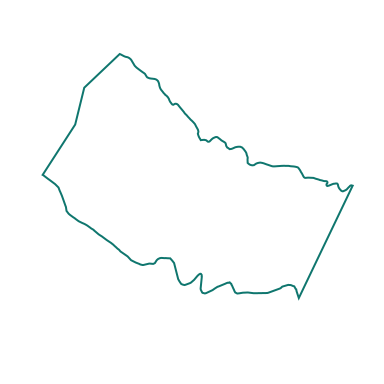 outline of Pomme, Laborie, Saint Lucia, rotated 298°
{"feature_id": "8701671B10960716544692", "entity_name": "Pomme", "entity_type": "district", "adm_level": 2, "iso_a3": "LCA", "parent_name": "Saint Lucia", "parent_adm1": "Laborie", "projection": "orthographic", "projection_center": [-60.981, 13.758], "detail": "fine", "context": "isolated", "style": "outline", "palette": "teal", "viewbox_px": 384, "rotation_deg": 298, "n_neighbors": 0, "source": "geoboundaries", "source_scale": "gbopen_adm2", "svg_char_len": 4912}
<svg xmlns="http://www.w3.org/2000/svg" viewBox="0 0 384 384"><g transform="rotate(298 192 192)"><path d="M273.0,330.9L272.7,329.6L272.2,329.0L271.7,328.7L271.1,328.6L269.3,328.0L266.9,327.4L265.8,326.8L264.6,325.9L263.4,324.9L263.2,324.1L263.2,323.1L263.6,322.0L264.1,320.7L264.8,319.5L265.4,318.8L266.1,318.1L267.0,317.4L267.6,316.4L267.2,315.2L266.5,314.3L265.6,313.0L264.6,312.1L263.0,310.8L261.8,309.8L260.8,308.6L261.0,307.8L261.6,307.3L262.2,307.1L263.2,307.3L263.9,307.2L264.5,306.7L264.7,306.0L264.4,305.0L263.9,304.1L263.5,302.9L263.2,301.3L262.6,299.3L262.5,298.2L262.2,296.7L261.8,295.0L261.6,293.4L261.4,292.4L260.8,291.2L260.0,289.5L259.5,288.4L258.7,287.0L257.8,285.7L257.5,284.9L257.6,284.0L257.9,283.4L258.4,282.6L259.2,281.5L260.0,280.3L261.0,278.5L261.7,277.6L262.3,276.5L263.1,274.9L263.4,273.8L263.3,273.3L263.1,272.4L262.8,271.3L262.4,270.1L261.8,268.7L261.1,267.1L260.4,265.0L259.3,262.9L258.1,260.5L256.8,258.3L255.9,256.9L254.8,255.1L253.9,253.7L253.0,252.2L252.4,250.8L252.1,249.1L251.7,246.5L251.4,244.9L251.2,243.4L251.0,241.9L250.6,240.2L250.0,238.4L249.1,237.2L248.4,236.4L247.3,235.4L245.6,234.5L244.8,234.1L243.9,232.8L243.5,231.6L243.3,230.1L243.5,228.7L243.8,227.5L245.7,226.4L247.1,225.6L248.2,225.2L248.8,224.8L250.6,222.8L251.8,221.8L252.8,220.3L253.5,218.8L254.1,217.6L254.6,216.0L254.8,215.4L254.7,214.0L254.6,213.3L253.7,211.6L252.9,210.5L251.8,209.2L250.6,208.3L249.2,207.2L248.4,206.4L247.5,205.1L247.6,204.6L247.8,203.3L247.8,202.2L248.4,201.2L248.9,200.4L249.5,200.0L250.0,199.5L250.6,199.0L251.0,198.4L251.2,197.5L251.3,196.1L251.3,195.3L251.4,193.7L251.7,192.5L251.9,191.3L252.1,190.1L252.3,189.0L252.3,188.5L251.9,187.5L251.4,186.9L250.4,186.1L249.5,185.4L248.4,184.9L247.4,184.5L246.2,184.2L245.0,183.8L244.3,183.3L243.9,182.4L244.0,181.7L244.3,180.6L244.3,180.1L244.1,179.3L243.8,178.3L243.4,177.6L242.6,176.4L241.9,175.4L242.1,175.2L242.9,173.8L243.8,172.4L244.8,171.2L245.4,170.6L246.2,169.8L246.8,169.7L247.4,169.6L248.3,169.3L249.6,168.2L250.4,167.1L251.6,165.2L252.5,163.9L253.3,162.8L254.0,161.1L254.4,159.9L254.9,158.3L255.2,156.9L255.8,155.3L256.5,153.2L257.3,151.2L258.0,148.8L258.9,147.1L259.8,144.9L260.3,143.7L261.1,141.7L262.0,139.6L262.4,138.8L262.6,137.6L262.4,136.4L261.9,135.6L261.2,135.1L260.3,134.6L260.0,133.7L260.4,132.4L260.9,131.5L261.3,130.5L262.2,129.2L262.7,128.6L263.3,128.0L263.9,127.0L264.4,126.2L264.6,125.4L265.1,124.2L265.1,123.1L265.5,122.3L265.6,122.0L266.1,120.4L266.7,119.2L267.2,118.0L267.9,116.4L268.7,115.2L269.7,114.1L270.9,113.0L271.9,112.3L272.9,111.3L274.0,109.9L274.4,108.5L274.5,107.4L274.3,106.2L274.2,105.7L274.0,105.3L273.4,103.7L272.9,102.5L272.4,100.9L272.2,98.8L272.5,97.9L273.4,96.4L274.2,95.1L274.5,93.6L274.6,92.3L275.0,89.5L275.4,87.0L275.8,84.6L276.2,83.3L276.5,82.3L277.1,81.2L277.7,80.3L278.4,79.1L279.2,77.8L280.0,76.5L280.5,75.3L280.8,73.6L280.8,72.1L280.6,71.3L280.2,69.9L280.1,69.2L280.0,68.0L280.0,67.3L280.0,65.9L280.0,64.6L279.9,63.4L236.8,49.0L236.2,48.8L233.5,47.9L196.7,57.2L137.0,52.1L137.0,52.6L137.0,52.9L136.7,54.6L136.0,58.8L135.8,60.4L134.7,67.4L133.3,72.0L131.0,74.6L130.5,75.3L127.6,78.9L124.6,82.2L122.3,84.7L121.9,85.1L121.6,85.5L121.0,86.1L119.5,87.8L116.9,89.7L116.3,90.2L116.1,90.7L114.9,93.3L114.5,95.1L113.9,99.2L113.8,100.7L113.6,101.5L113.0,105.6L113.1,109.4L113.3,111.9L113.3,113.0L113.3,113.3L113.2,115.5L113.0,116.8L112.8,118.4L112.5,120.1L112.4,122.9L112.2,123.2L112.1,123.5L110.8,129.4L110.6,131.4L110.5,133.1L110.2,135.0L109.6,138.9L109.5,139.6L109.0,144.8L108.9,145.0L108.9,145.3L108.8,145.6L108.7,146.1L108.7,146.5L107.8,149.8L107.7,150.4L107.0,152.9L106.8,154.5L106.4,155.6L106.2,156.0L105.9,156.9L104.9,165.4L103.2,170.2L103.2,170.7L103.3,175.5L103.8,179.6L103.7,180.2L104.3,182.6L104.7,183.3L108.4,187.5L108.7,187.8L109.3,189.1L110.2,191.3L110.4,191.6L111.8,192.6L113.2,192.7L114.6,192.8L115.3,192.9L115.6,193.0L116.9,193.5L118.1,194.4L118.3,194.5L119.3,195.7L119.7,196.5L120.7,198.8L121.3,199.8L122.3,202.1L123.2,203.9L122.4,206.0L122.2,206.6L121.7,207.7L120.9,209.5L108.6,220.7L107.3,222.7L106.6,224.0L105.8,225.5L105.8,226.9L106.3,229.0L106.9,229.7L110.6,233.0L111.5,233.6L115.4,235.1L117.3,235.5L120.5,236.2L122.3,236.8L123.6,237.6L123.8,237.9L123.9,238.3L123.3,239.5L122.5,240.0L122.1,240.1L121.9,240.4L110.9,244.9L110.4,245.2L109.8,245.7L108.1,248.1L107.9,248.6L108.5,251.0L109.3,251.9L115.0,256.2L116.2,256.8L117.6,257.5L120.4,259.1L120.8,259.6L126.6,264.4L127.8,265.3L128.9,266.4L129.0,266.9L129.9,267.7L129.5,268.6L129.4,269.7L128.7,270.3L128.4,271.0L126.5,273.4L125.4,274.9L124.3,276.2L123.6,277.3L123.6,279.6L124.6,281.1L126.9,284.1L129.5,288.5L131.6,294.0L131.8,294.4L138.1,305.8L138.8,306.6L147.8,314.7L148.7,315.4L149.9,315.8L150.3,315.9L150.9,316.2L155.2,320.6L155.4,321.2L155.6,321.6L156.2,322.9L156.4,324.9L156.4,325.2L156.7,326.6L155.1,329.0L155.0,329.7L153.5,330.9L148.5,336.1L273.0,330.9Z" fill="none" stroke="#0f766e" stroke-width="2"/></g></svg>